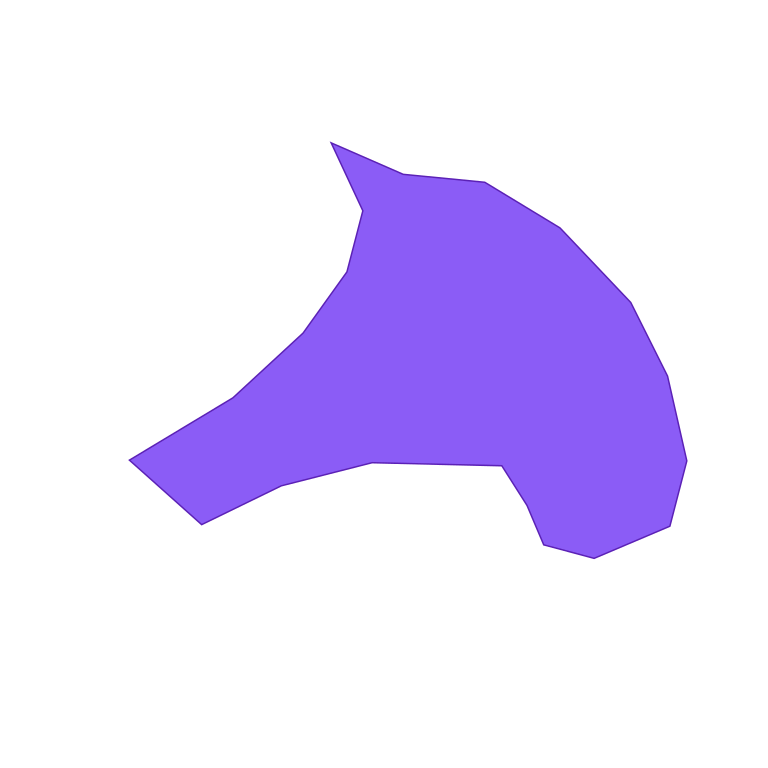 the border of San Marino, rotated 337°
{"feature_id": "SMR-4884", "entity_name": "San Marino", "entity_type": "state/province", "adm_level": 1, "iso_a3": "SMR", "parent_name": "San Marino", "parent_adm1": "", "projection": "mercator", "projection_center": [12.418, 43.922], "detail": "fine", "context": "isolated", "style": "filled", "palette": "violet", "viewbox_px": 768, "rotation_deg": 337, "n_neighbors": 0, "source": "natural_earth", "source_scale": "10m", "svg_char_len": 423}
<svg xmlns="http://www.w3.org/2000/svg" viewBox="0 0 768 768"><g transform="rotate(337 384 384)"><path d="M161.2,442.2L119.9,354.6L239.5,337.7L329.4,305.5L393.7,266.3L432.2,216.3L429.6,141.4L483.6,198.5L555.6,237.7L607.0,309.1L643.0,405.4L648.1,487.5L632.7,573.1L591.6,626.6L509.3,626.6L468.2,594.5L468.2,551.7L460.5,505.3L342.3,451.8L249.7,437.6L161.2,442.2Z" fill="#8b5cf6" stroke="#5b21b6" stroke-width="1.5"/></g></svg>